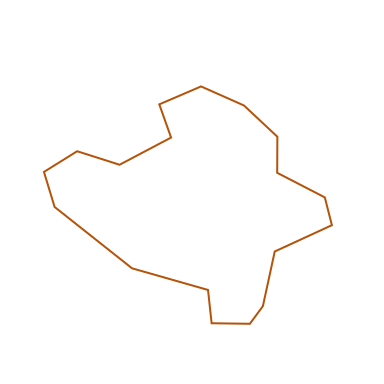 Sandwell, Robinson projection, rotated 212°
{"feature_id": "GBR-5691", "entity_name": "Sandwell", "entity_type": "Metropolitan Borough", "adm_level": 1, "iso_a3": "GBR", "parent_name": "United Kingdom", "parent_adm1": "", "projection": "robinson", "projection_center": [-2.009, 52.514], "detail": "fine", "context": "isolated", "style": "outline", "palette": "amber", "viewbox_px": 384, "rotation_deg": 212, "n_neighbors": 0, "source": "natural_earth", "source_scale": "10m", "svg_char_len": 386}
<svg xmlns="http://www.w3.org/2000/svg" viewBox="0 0 384 384"><g transform="rotate(212 192 192)"><path d="M76.5,257.8L55.8,238.0L90.3,185.4L71.4,132.8L73.1,110.9L105.8,91.1L126.5,117.4L202.4,95.5L300.6,106.5L328.2,130.6L311.0,165.7L267.9,176.7L238.6,227.1L266.2,249.0L240.3,286.3L193.8,292.9L148.9,284.1L129.9,253.4L76.5,257.8Z" fill="none" stroke="#b45309" stroke-width="2"/></g></svg>